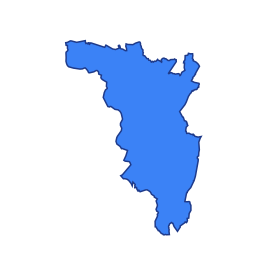 the district of Limerick City East Lea-7, Limerick, Ireland, rotated 288°
{"feature_id": "5873133B74444247037328", "entity_name": "Limerick City East Lea-7", "entity_type": "district", "adm_level": 2, "iso_a3": "IRL", "parent_name": "Ireland", "parent_adm1": "Limerick", "projection": "natural_earth1", "projection_center": [-8.537, 52.67], "detail": "fine", "context": "isolated", "style": "filled", "palette": "blue", "viewbox_px": 256, "rotation_deg": 288, "n_neighbors": 0, "source": "geoboundaries", "source_scale": "gbopen_adm2", "svg_char_len": 4073}
<svg xmlns="http://www.w3.org/2000/svg" viewBox="0 0 256 256"><g transform="rotate(288 128 128)"><path d="M80.4,135.8L78.3,139.3L78.8,140.6L79.0,142.8L78.4,144.8L76.2,148.1L74.3,149.9L78.1,149.4L76.5,152.3L75.1,152.3L74.0,153.6L73.6,152.8L73.3,152.9L74.0,154.5L72.3,155.6L72.0,156.5L71.4,156.5L71.1,157.1L72.1,157.7L71.1,159.2L74.6,164.0L75.1,165.3L74.4,168.4L73.5,169.7L72.3,170.8L71.4,173.9L71.0,174.3L70.4,174.4L69.6,177.8L67.3,177.3L64.0,179.7L62.7,180.0L59.4,179.8L57.8,181.0L57.8,182.0L56.8,183.0L55.7,182.9L55.0,182.5L53.8,183.2L52.3,183.2L47.7,182.6L42.5,184.4L42.7,184.9L39.7,188.6L40.0,189.2L38.1,192.1L37.8,194.2L37.4,194.6L37.6,195.5L38.4,196.6L38.3,197.4L39.4,200.3L42.4,198.9L44.2,198.5L45.4,197.6L45.8,197.7L46.5,197.1L47.9,196.9L48.3,197.2L49.7,197.2L51.6,198.6L51.1,199.6L51.2,200.1L48.5,202.3L45.0,207.0L49.9,208.3L50.9,207.9L55.2,211.1L56.1,211.3L56.1,212.1L56.5,212.2L56.2,212.9L56.5,213.0L58.1,213.2L60.3,212.2L61.1,213.6L65.6,212.6L69.1,213.3L73.9,211.7L75.6,210.1L76.6,209.8L76.9,208.8L76.0,206.8L75.6,204.8L84.3,203.8L84.9,204.3L85.7,204.1L88.2,205.0L90.7,206.1L97.8,207.0L98.0,206.8L98.2,207.1L102.9,207.0L118.4,204.9L120.1,204.4L120.4,203.4L121.7,202.9L122.4,203.0L123.3,203.8L126.6,202.9L129.3,202.6L136.4,199.7L140.5,199.8L142.5,200.2L141.0,197.5L140.8,194.2L141.8,192.9L141.3,192.3L142.2,192.0L141.4,189.9L141.9,187.6L141.0,185.5L142.9,184.3L142.9,183.8L143.6,183.6L146.8,183.1L148.9,184.1L149.6,183.2L150.1,183.3L151.1,182.1L151.4,182.3L152.0,181.8L152.5,180.8L152.4,179.4L155.4,177.2L155.3,176.5L159.6,172.0L167.7,174.9L170.7,175.4L176.7,175.7L179.9,176.5L180.9,177.1L183.1,177.4L183.4,177.6L183.1,178.3L184.2,179.1L184.7,179.1L185.0,179.9L185.4,180.0L185.7,181.2L186.4,181.7L188.1,181.8L188.2,182.3L188.9,182.7L189.8,182.1L191.8,182.2L192.4,181.7L191.9,176.9L192.4,173.7L195.3,174.3L196.0,173.9L197.7,174.8L200.1,175.5L200.2,175.2L208.8,176.9L210.4,175.1L211.6,172.7L212.2,169.1L213.3,168.9L214.0,167.8L216.8,167.3L218.6,166.5L217.9,164.7L217.7,162.4L216.1,162.4L215.6,162.1L214.5,160.0L210.9,161.0L209.4,161.0L208.8,160.5L207.1,160.7L207.2,161.7L202.8,162.8L200.4,164.3L197.6,162.0L194.3,161.6L193.9,161.2L195.2,160.1L195.3,159.2L193.8,156.2L194.0,155.3L193.6,153.7L194.0,152.9L194.0,151.6L192.3,150.1L192.6,149.6L206.0,153.4L207.8,152.7L207.5,151.9L208.1,151.1L207.4,150.5L206.2,147.4L204.9,146.4L204.6,145.2L205.6,142.5L205.2,141.7L205.6,141.0L205.4,140.2L205.0,139.6L203.5,138.6L203.1,138.8L202.4,138.7L202.4,139.0L201.6,139.6L201.0,139.6L201.8,136.9L201.7,135.8L202.4,135.0L200.0,133.9L199.7,132.4L198.6,131.8L198.9,130.6L198.0,130.2L197.9,129.7L199.2,128.4L198.9,126.8L200.2,125.9L199.8,124.6L201.8,121.6L201.7,120.1L202.2,119.7L203.4,119.3L204.4,119.3L205.0,118.6L206.9,118.1L207.3,117.2L208.5,115.9L209.8,115.3L210.9,114.2L211.7,113.9L212.4,113.7L213.3,112.9L213.3,112.0L211.0,108.9L208.8,106.9L207.4,102.0L207.4,100.2L204.9,100.7L203.2,102.0L201.2,102.8L200.7,101.5L201.4,98.6L201.1,97.0L201.5,95.9L202.2,95.8L203.3,95.0L203.0,94.8L203.9,93.9L203.1,93.4L201.4,95.1L198.8,91.9L198.4,89.0L200.0,81.4L197.5,80.9L197.5,66.8L197.3,66.0L196.8,66.0L195.6,65.4L195.9,64.6L196.3,64.4L196.9,64.5L196.8,63.9L195.6,63.3L196.0,62.6L195.4,61.8L196.6,60.9L197.9,60.4L193.6,52.7L193.3,47.2L193.0,46.2L190.6,43.8L189.9,42.4L187.5,43.6L187.8,44.9L185.0,45.8L183.8,46.8L182.6,46.6L181.0,45.7L180.0,45.9L175.6,47.5L172.3,48.4L170.1,49.8L168.6,51.2L167.9,52.7L168.1,57.5L169.2,64.1L170.1,66.3L171.9,68.5L171.7,69.3L170.1,71.9L168.5,73.4L168.6,74.4L170.9,78.2L172.8,79.9L173.1,81.0L172.4,82.5L170.2,83.6L170.0,86.4L167.7,86.6L166.8,87.3L166.1,88.8L165.0,93.6L160.9,94.6L159.8,95.8L159.1,96.0L157.2,94.8L154.4,94.5L149.4,95.0L142.2,102.2L142.3,103.9L143.0,104.5L143.2,105.2L141.7,109.8L142.2,113.0L141.4,115.2L139.7,117.1L135.3,119.8L134.3,120.1L130.4,119.4L129.7,119.5L128.2,120.0L125.9,122.1L123.4,122.5L116.9,120.5L115.3,120.3L111.6,120.7L109.3,122.4L108.1,126.1L106.3,128.2L106.7,128.7L106.5,134.5L101.0,134.6L96.0,134.0L95.6,135.5L96.4,139.5L95.9,140.4L93.9,142.1L81.7,137.1L80.4,135.8Z" fill="#3b82f6" stroke="#1e3a8a" stroke-width="1.5"/></g></svg>